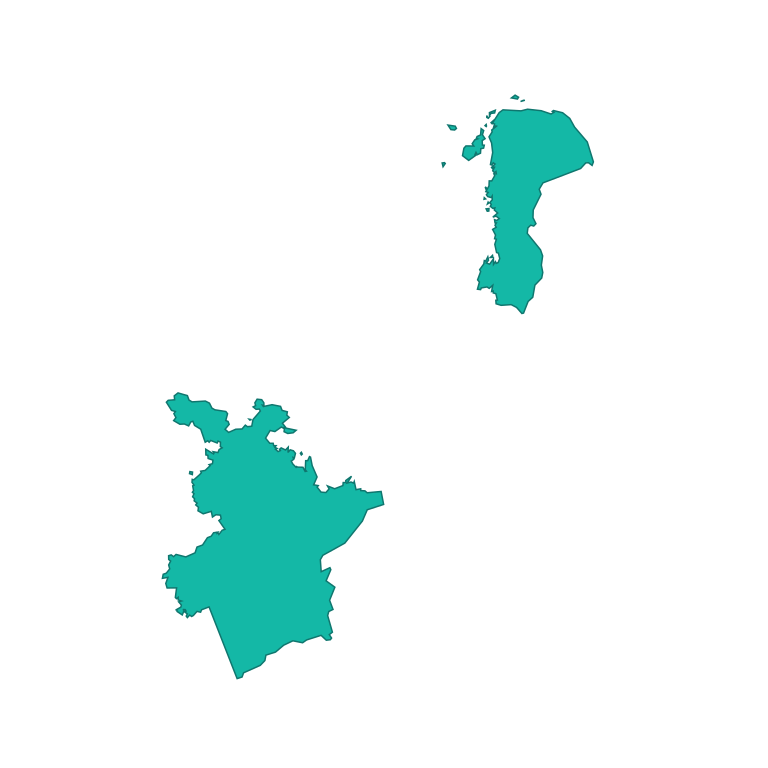 the district of Zamboanga del Sur, Zamboanga del Sur, Philippines, rotated 159°
{"feature_id": "2640588B82692599034098", "entity_name": "Zamboanga del Sur", "entity_type": "district", "adm_level": 2, "iso_a3": "PHL", "parent_name": "Philippines", "parent_adm1": "Zamboanga del Sur", "projection": "orthographic", "projection_center": [122.897, 7.565], "detail": "fine", "context": "isolated", "style": "filled", "palette": "teal", "viewbox_px": 768, "rotation_deg": 159, "n_neighbors": 0, "source": "geoboundaries", "source_scale": "gbopen_adm2", "svg_char_len": 6165}
<svg xmlns="http://www.w3.org/2000/svg" viewBox="0 0 768 768"><g transform="rotate(159 384 384)"><path d="M655.3,259.5L654.7,258.0L652.6,258.6L653.6,256.2L650.9,254.0L653.8,254.2L652.4,250.3L653.6,248.5L659.6,247.6L658.1,247.3L658.7,245.8L655.1,240.7L651.6,244.4L652.6,245.6L650.4,244.6L650.2,242.9L651.9,242.8L650.0,239.9L651.8,238.2L651.3,236.4L648.2,237.9L646.9,235.9L644.9,236.2L640.1,238.7L637.0,236.7L635.2,238.6L627.2,238.6L626.7,161.6L621.5,161.3L618.6,164.7L600.3,165.7L594.3,168.5L591.4,173.2L581.3,172.6L571.3,176.1L561.1,176.9L552.7,171.6L548.0,172.8L532.8,171.9L529.7,165.5L525.7,164.5L524.0,165.6L524.9,169.6L521.1,170.8L519.6,188.0L517.1,191.4L512.4,191.8L512.3,201.6L502.7,211.9L508.6,221.0L500.2,229.7L500.3,231.9L509.9,231.3L506.4,242.8L502.5,246.0L477.6,249.5L453.3,263.8L444.7,272.6L427.5,271.7L425.2,284.7L438.7,288.5L440.1,291.1L443.9,292.8L443.3,294.5L448.0,295.4L446.7,303.7L447.9,302.4L449.9,304.3L453.8,304.7L447.4,309.5L454.3,307.6L454.9,305.7L457.4,306.6L458.8,303.9L467.6,303.9L473.3,309.1L472.8,305.8L477.1,303.5L481.5,305.6L483.4,311.7L481.8,312.7L485.8,315.1L479.8,321.2L480.3,333.5L478.8,342.1L479.6,342.9L482.7,339.8L484.6,340.5L488.2,332.3L487.6,330.4L489.0,330.6L489.5,335.3L495.3,337.7L494.8,338.7L496.0,337.8L497.8,342.0L498.2,345.3L495.3,346.0L495.2,348.0L494.2,347.1L491.5,351.0L492.5,354.1L495.2,356.2L497.5,354.8L497.9,355.0L496.0,359.4L499.6,357.7L502.9,361.2L504.9,360.5L504.6,359.0L507.1,358.9L508.7,362.0L506.9,362.1L508.6,364.1L506.9,365.1L509.1,365.9L508.7,368.4L511.9,369.6L514.0,375.9L507.0,381.4L502.9,378.7L495.3,380.6L493.0,378.0L494.4,375.3L491.6,372.3L486.3,371.0L482.6,372.3L493.4,379.3L491.5,379.3L492.9,383.8L484.4,386.7L485.9,389.7L484.2,392.7L488.6,395.9L488.6,400.2L495.9,404.8L504.7,406.2L505.1,407.8L503.8,407.0L502.9,409.5L503.8,413.2L507.9,415.3L511.3,412.7L511.6,409.8L514.4,409.5L512.5,406.2L509.4,405.3L509.1,403.1L519.0,397.8L522.6,392.0L526.8,393.1L528.2,395.3L532.7,392.9L538.6,394.9L546.4,394.5L548.6,398.7L543.0,401.8L543.0,404.9L544.8,406.6L540.7,412.3L541.5,415.0L551.1,420.5L553.3,423.2L553.8,428.7L556.9,432.1L569.6,436.1L571.8,438.9L571.7,443.6L579.5,449.5L584.1,448.1L585.1,444.3L591.3,446.1L593.7,445.0L591.8,435.5L588.6,433.1L590.8,431.6L590.3,427.2L593.5,425.2L589.0,419.6L584.7,418.2L581.4,414.9L578.0,417.8L575.8,417.7L575.7,413.2L571.3,407.5L571.8,393.7L568.9,394.2L568.1,392.3L566.0,393.4L560.9,388.7L559.4,390.2L557.5,388.3L559.2,384.3L558.0,382.4L561.4,381.9L563.6,379.5L567.7,382.0L567.3,380.6L568.2,379.8L573.8,387.0L575.7,381.6L574.0,380.5L574.9,377.5L571.0,374.2L572.7,371.1L576.2,371.4L575.5,370.1L581.9,367.4L586.4,368.3L586.3,366.6L588.7,365.4L595.9,362.7L597.2,363.7L598.5,361.0L597.6,357.7L599.1,357.5L600.0,352.7L601.7,351.6L600.7,349.7L603.1,347.3L602.0,344.8L603.1,343.0L601.2,339.8L603.1,338.6L601.4,335.4L603.1,332.3L599.3,327.6L590.9,327.0L591.8,321.3L587.8,322.2L583.7,320.2L584.3,316.6L587.1,315.7L584.5,305.3L587.4,305.5L592.1,302.7L592.4,304.7L593.5,304.4L593.3,305.5L592.3,305.0L592.0,305.2L596.4,306.2L599.9,303.8L603.9,303.8L611.1,298.7L617.0,298.8L620.9,294.1L631.0,293.6L639.2,299.4L642.3,298.2L643.9,300.7L646.6,300.9L647.9,297.3L646.6,295.2L649.9,292.2L650.3,288.2L655.0,285.4L658.3,285.5L660.5,282.0L655.0,280.9L659.2,276.0L659.6,271.3L650.7,268.0L655.3,259.5ZM111.4,513.5L108.9,516.3L107.5,537.1L114.0,555.5L115.4,565.4L120.0,573.2L127.8,578.6L129.2,578.2L128.0,576.7L131.3,576.2L139.3,582.8L151.5,589.1L158.2,589.9L174.7,597.3L179.2,596.1L189.3,588.6L187.6,587.1L189.5,584.6L188.1,585.1L187.1,584.8L186.6,584.4L192.4,582.5L192.7,580.6L197.4,577.1L197.2,570.5L199.6,561.1L206.0,550.7L204.9,549.8L202.7,551.4L201.5,549.6L206.0,547.6L205.5,546.2L204.0,547.3L203.1,546.8L206.1,544.1L205.2,541.8L203.3,542.3L203.8,539.9L206.1,540.8L206.0,538.8L210.6,535.0L213.0,535.9L215.0,531.3L220.0,527.1L218.1,525.5L220.6,524.0L220.0,521.8L217.1,519.6L215.7,520.7L216.9,517.2L220.2,515.5L219.5,513.2L221.1,511.8L219.5,509.0L217.4,508.7L218.7,507.0L216.6,502.9L222.6,500.8L219.2,500.5L217.1,497.1L220.1,496.3L221.9,497.8L222.6,494.6L221.4,494.1L223.5,492.4L223.1,490.1L227.2,489.4L226.5,483.1L228.7,480.0L227.2,478.9L230.5,474.7L231.8,466.4L230.3,465.2L231.0,459.6L233.9,456.5L236.0,456.4L236.1,458.3L238.9,456.4L237.0,461.6L242.5,458.0L245.1,460.3L242.1,462.0L241.5,465.5L245.0,462.3L246.1,463.3L247.8,460.3L253.7,456.5L253.5,454.3L259.3,447.7L258.4,445.0L262.8,439.0L260.0,437.5L258.7,438.8L253.1,437.7L251.5,435.6L247.1,437.2L250.4,431.8L248.7,431.6L249.4,429.9L247.2,428.2L248.1,421.7L249.6,422.1L250.6,418.7L246.5,415.5L236.8,412.5L232.8,408.0L230.0,400.4L228.3,400.2L219.9,409.4L214.0,411.7L207.7,422.2L198.8,426.4L195.8,431.2L194.5,438.6L190.0,446.7L189.8,453.2L196.3,473.3L193.7,478.2L190.1,479.7L187.6,477.8L184.7,479.2L185.3,485.9L182.3,493.0L169.4,504.9L169.3,510.2L163.5,514.8L123.2,514.7L116.4,518.1L113.8,517.3L111.4,513.5ZM224.8,562.4L216.0,564.7L217.0,565.4L215.1,567.3L214.8,564.6L211.2,564.9L209.3,569.0L206.5,568.5L204.8,571.0L206.5,571.8L205.1,576.0L201.7,576.8L202.8,581.4L200.1,584.9L201.8,587.6L204.6,581.9L208.4,581.7L209.8,580.2L208.7,579.3L211.8,579.4L215.6,576.7L214.9,574.0L222.2,576.9L224.9,575.5L228.9,569.0L224.8,562.4ZM227.0,595.8L224.8,596.6L225.1,599.2L231.5,602.8L230.4,597.5L227.0,595.8ZM157.3,602.2L155.6,603.5L158.1,606.7L162.5,605.4L157.3,602.2ZM189.4,596.6L187.2,598.3L183.6,597.4L182.0,599.7L188.3,599.6L189.4,596.6ZM595.4,368.1L594.3,370.4L596.6,371.8L597.7,370.0L595.4,368.1ZM225.7,508.3L224.2,507.9L223.1,510.2L225.9,510.9L225.7,508.3ZM251.0,565.7L247.8,567.9L248.2,569.0L250.5,569.5L251.0,565.7ZM239.4,464.0L237.0,463.2L236.6,465.2L239.4,464.0ZM486.6,347.4L485.4,347.9L485.6,349.9L486.9,349.3L486.6,347.4ZM224.4,520.6L222.8,520.4L223.6,522.0L224.4,520.6ZM522.2,398.4L520.4,398.2L522.6,399.5L522.2,398.4ZM155.3,598.8L150.8,598.4L152.2,598.9L155.3,598.8ZM219.0,529.3L218.0,529.9L218.5,531.2L219.0,531.0L219.0,529.3ZM222.9,515.0L221.3,515.3L221.6,516.5L222.9,515.0ZM197.1,589.0L196.3,587.7L196.0,587.9L195.7,588.9L195.6,589.7L197.1,589.0ZM190.4,589.6L189.9,588.4L188.3,590.4L190.4,589.6ZM191.4,594.7L190.4,595.3L191.7,595.3L191.9,597.8L192.5,596.0L191.4,594.7Z" fill="#14b8a6" stroke="#0f766e" stroke-width="1.5"/></g></svg>